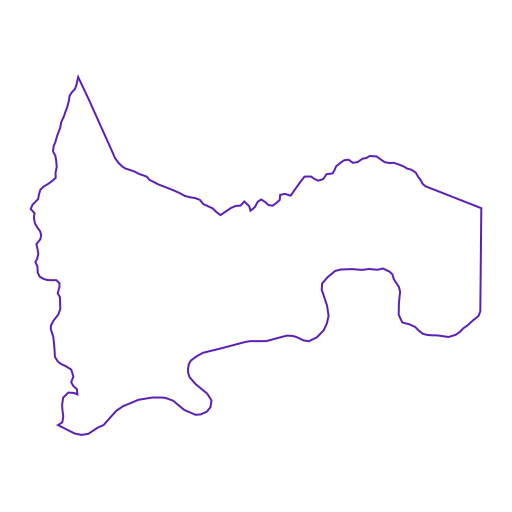 Cachoeira Dourada, Goiás, Brazil (orthographic projection)
{"feature_id": "56859067B56654290840077", "entity_name": "Cachoeira Dourada", "entity_type": "district", "adm_level": 2, "iso_a3": "BRA", "parent_name": "Brazil", "parent_adm1": "Goiás", "projection": "orthographic", "projection_center": [-49.637, -18.482], "detail": "fine", "context": "isolated", "style": "outline", "palette": "violet", "viewbox_px": 512, "rotation_deg": 0, "n_neighbors": 0, "source": "geoboundaries", "source_scale": "gbopen_adm2", "svg_char_len": 2904}
<svg xmlns="http://www.w3.org/2000/svg" viewBox="0 0 512 512"><path d="M402.3,322.5L409.1,324.2L415.1,326.9L418.9,330.7L422.8,333.8L427.1,334.9L431.9,335.3L435.8,335.3L441.2,335.9L448.5,337.0L455.4,334.9L459.8,332.0L463.3,328.3L467.5,325.4L473.2,320.2L478.5,316.0L480.3,311.3L481.3,208.2L425.3,186.2L422.5,183.7L420.6,180.0L418.0,176.6L415.7,172.5L411.1,169.6L407.3,168.7L404.0,166.6L398.8,164.5L393.7,162.8L389.9,163.1L384.8,162.2L380.4,159.2L376.5,156.4L369.6,156.0L366.4,158.0L362.3,158.8L357.7,162.1L352.8,162.8L348.6,159.7L344.1,160.3L340.1,163.0L336.1,166.4L334.6,169.9L332.6,173.4L326.5,174.2L323.2,179.1L318.2,180.7L314.4,178.9L311.0,176.5L304.5,176.6L299.4,183.2L295.0,189.5L290.6,195.7L284.9,193.9L280.2,194.9L279.7,200.0L276.2,203.1L272.5,205.7L268.5,205.1L265.4,202.2L261.2,199.5L257.8,201.7L254.8,207.2L250.5,210.7L249.3,206.3L244.3,201.5L240.5,205.6L235.8,205.9L230.9,208.0L225.4,211.8L220.4,215.1L216.3,212.0L212.7,208.4L207.7,206.1L203.2,204.0L199.9,199.9L194.9,198.0L190.8,197.4L185.0,196.0L179.1,192.8L173.4,190.3L168.4,188.3L164.1,186.6L158.3,184.4L154.2,182.2L149.5,179.9L146.8,176.7L143.1,175.3L139.4,174.1L134.4,171.5L129.2,169.7L125.3,168.5L121.9,166.2L118.5,162.8L115.0,158.1L112.6,152.5L88.7,99.3L78.2,77.1L76.4,85.0L75.0,89.0L72.0,92.1L69.6,95.9L68.9,100.6L67.3,106.9L65.3,112.1L64.1,115.9L61.2,122.3L60.2,127.8L58.6,131.9L57.0,136.3L55.3,142.2L53.6,146.3L53.0,151.3L55.4,155.9L56.3,161.6L56.7,167.0L55.5,173.2L55.7,177.8L52.7,180.5L48.5,183.7L43.6,186.6L40.4,189.7L39.0,194.3L38.1,199.0L35.1,202.2L32.5,204.7L30.7,209.0L34.5,213.1L33.9,217.9L34.9,223.3L37.3,227.5L40.1,231.2L41.2,235.2L40.3,239.3L36.4,244.1L37.5,248.9L38.3,254.0L37.2,258.6L35.4,262.1L37.5,266.7L37.7,272.5L39.6,276.5L42.7,278.5L46.6,279.9L50.4,280.2L56.4,280.2L59.5,283.3L59.4,287.1L57.7,293.3L59.9,297.1L60.1,302.9L60.3,308.9L58.3,314.5L53.6,320.5L51.0,325.2L50.8,329.2L53.2,336.5L54.0,343.1L54.6,350.9L54.9,356.9L57.7,361.3L60.9,364.0L65.5,366.0L71.2,369.6L73.4,376.5L71.2,382.1L73.2,385.9L76.9,389.2L77.4,394.4L73.8,392.9L68.3,392.6L63.1,397.7L62.1,404.9L62.5,410.9L63.3,416.2L62.3,422.3L58.0,425.1L74.6,433.5L81.5,434.9L88.4,433.8L97.9,427.5L103.5,425.1L116.0,411.1L122.8,406.3L138.4,399.8L152.4,397.5L161.5,397.5L165.3,397.9L173.0,400.6L184.2,409.9L195.5,414.8L200.8,414.4L207.0,411.5L210.5,407.1L211.5,400.4L207.2,393.6L195.9,384.4L189.6,377.3L188.2,373.1L188.0,369.0L188.8,364.2L190.8,360.6L196.9,356.1L202.9,352.8L219.0,348.9L245.5,341.9L250.5,341.1L260.3,341.1L266.3,341.1L282.3,336.8L287.2,335.6L293.1,336.0L297.1,337.3L303.6,340.4L308.9,341.2L316.9,337.3L323.8,330.2L326.9,323.3L328.6,315.8L327.0,305.4L321.7,289.7L322.2,283.3L327.7,277.1L335.1,271.0L340.8,269.5L352.1,269.1L361.8,269.9L369.1,269.0L377.4,269.8L383.0,268.5L389.6,271.7L392.4,274.4L393.8,279.2L396.6,283.4L398.9,286.9L400.1,291.9L399.5,297.3L398.9,303.5L398.7,314.8L402.3,322.5Z" fill="none" stroke="#5b21b6" stroke-width="2"/></svg>